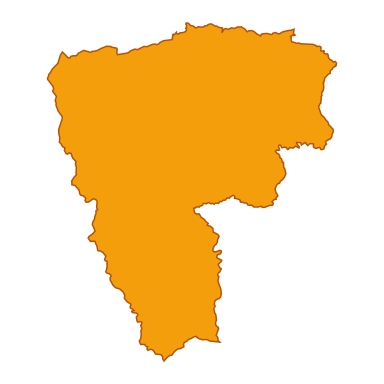 Juara, Mato Grosso, Brazil (orthographic projection)
{"feature_id": "56859067B67844091426468", "entity_name": "Juara", "entity_type": "district", "adm_level": 2, "iso_a3": "BRA", "parent_name": "Brazil", "parent_adm1": "Mato Grosso", "projection": "orthographic", "projection_center": [-57.533, -11.229], "detail": "fine", "context": "isolated", "style": "filled", "palette": "amber", "viewbox_px": 384, "rotation_deg": 0, "n_neighbors": 0, "source": "geoboundaries", "source_scale": "gbopen_adm2", "svg_char_len": 5866}
<svg xmlns="http://www.w3.org/2000/svg" viewBox="0 0 384 384"><path d="M294.0,29.2L290.3,30.5L288.8,30.4L282.6,31.9L279.4,33.8L278.2,33.8L275.4,32.5L272.9,33.2L272.2,34.3L271.4,34.5L266.6,33.4L262.1,33.9L261.1,34.5L260.6,36.0L257.1,34.1L254.4,31.8L251.8,30.6L249.1,30.7L247.2,31.8L245.1,29.3L241.4,26.9L237.4,27.0L234.7,28.4L231.2,27.9L228.2,29.4L225.5,28.5L224.1,29.2L221.9,32.8L222.5,28.0L218.6,27.3L216.7,26.1L215.4,26.2L211.3,23.9L208.4,24.4L206.6,25.8L204.9,25.8L203.5,26.9L201.7,27.2L198.5,26.7L196.2,27.8L195.0,27.6L193.6,26.2L190.6,25.5L188.0,23.0L186.1,23.1L185.8,24.1L186.6,25.3L186.4,27.4L185.7,28.3L186.6,29.2L185.7,31.5L183.4,32.5L179.8,32.9L179.3,33.6L177.9,34.0L176.7,33.7L176.4,32.3L174.4,34.7L173.3,34.2L172.5,35.2L172.9,35.9L172.2,37.9L172.5,38.9L171.8,39.7L163.5,40.7L160.0,42.5L158.8,43.9L156.8,44.7L155.3,44.1L153.0,44.2L146.8,46.7L144.0,46.4L137.6,49.6L134.7,49.1L130.7,50.8L128.0,52.9L117.5,54.7L116.8,52.6L117.2,49.3L116.8,48.2L111.4,47.1L110.9,46.5L106.8,46.2L101.4,48.3L97.4,50.4L93.9,51.4L92.2,51.3L90.8,52.4L83.7,50.4L78.3,53.3L76.9,55.2L75.2,56.0L73.9,55.6L70.8,56.4L69.9,57.8L69.0,58.0L68.3,58.0L62.4,52.0L60.4,55.1L57.9,63.3L52.2,69.2L50.5,72.4L48.7,74.6L48.5,76.3L47.5,78.2L47.7,79.4L53.1,86.6L53.6,88.5L52.7,91.4L56.4,96.3L55.2,100.7L56.2,103.1L56.0,105.2L58.2,111.1L62.3,116.7L62.1,119.1L58.7,129.5L58.8,133.6L59.8,137.6L59.4,142.3L61.0,143.7L62.5,146.6L64.9,147.9L64.4,150.2L66.0,153.6L67.6,154.1L69.4,152.8L71.1,153.6L72.7,158.1L76.0,161.6L75.4,164.0L76.4,167.5L76.0,173.2L76.5,174.7L74.1,177.1L71.8,180.8L71.9,184.8L75.0,185.4L79.0,190.1L80.0,194.4L81.2,195.5L83.0,195.7L85.2,197.5L85.8,198.4L85.0,200.3L86.0,202.1L88.2,202.2L93.3,198.8L95.8,199.5L97.2,201.6L96.6,207.0L96.9,208.5L97.7,209.7L96.0,210.7L96.0,213.6L94.7,216.9L94.6,218.9L92.9,221.9L92.3,224.4L95.1,230.9L93.1,233.4L88.6,236.9L88.2,238.1L90.3,241.3L94.9,241.3L95.3,241.7L95.6,243.5L96.9,245.9L97.7,250.3L98.2,250.8L100.5,251.0L102.8,252.4L105.8,256.0L104.6,259.7L105.4,260.8L107.2,261.4L107.3,262.1L106.9,263.7L107.2,265.5L106.8,268.7L105.8,271.8L106.5,272.9L109.2,273.7L111.1,275.4L111.2,276.0L110.2,277.7L110.1,279.8L112.8,284.9L115.5,287.7L119.8,289.0L123.0,291.8L124.7,295.0L124.4,298.3L127.1,301.7L130.8,304.2L130.8,305.4L130.1,306.7L130.5,308.2L132.7,309.1L134.0,310.5L131.7,311.1L131.8,311.9L132.7,312.6L136.6,313.1L137.7,314.2L137.8,314.9L136.3,317.2L137.2,321.6L137.7,322.1L140.7,321.6L141.8,322.4L141.9,323.2L140.7,325.6L141.8,328.4L140.9,330.8L141.3,334.9L140.5,339.2L139.3,341.0L140.6,344.4L144.6,344.5L146.4,346.6L147.6,346.8L147.0,349.1L147.8,350.3L150.2,349.4L151.8,349.4L154.1,351.4L155.2,353.7L155.8,354.1L160.9,354.6L162.5,356.4L162.7,358.8L164.0,361.0L167.6,357.0L170.2,355.3L171.9,355.1L174.5,351.5L178.0,348.7L180.3,348.7L183.9,346.7L183.6,344.4L184.1,342.6L186.9,341.2L188.3,339.6L191.6,338.3L193.3,337.1L196.0,336.3L197.1,337.5L199.6,338.9L202.2,339.7L207.2,339.6L209.5,341.0L219.8,342.1L218.2,340.5L217.7,337.5L216.2,335.3L218.6,328.6L218.2,327.3L216.5,326.1L215.6,324.5L215.7,321.9L216.4,320.4L216.3,318.2L215.7,314.4L214.7,312.8L213.9,309.6L214.0,308.2L215.2,306.1L214.3,304.2L214.8,301.4L215.7,300.1L219.2,298.4L220.6,297.0L221.3,293.7L220.8,289.2L217.9,281.0L218.9,276.6L217.8,275.7L217.7,274.7L218.2,273.2L219.8,272.0L221.1,269.2L221.1,268.5L220.2,268.3L218.6,265.7L218.3,264.3L221.3,261.5L221.7,260.3L216.8,257.7L216.6,257.0L217.4,254.9L220.4,253.8L221.5,252.0L221.1,250.8L219.9,250.3L216.2,251.8L214.3,251.9L213.1,250.9L212.8,249.6L214.2,245.8L216.0,244.4L217.2,242.5L217.7,239.3L219.1,236.4L217.8,234.4L213.2,232.1L212.9,228.4L210.2,226.2L207.2,225.2L208.2,223.4L206.0,221.7L204.5,219.5L201.1,217.3L199.3,214.1L198.8,213.7L197.4,214.2L196.3,213.9L194.7,212.9L193.7,208.7L194.1,207.9L195.0,208.1L196.9,206.7L199.0,207.2L199.9,206.3L202.5,205.3L203.3,203.6L203.9,203.4L206.2,203.8L208.7,202.6L211.0,203.8L212.3,203.3L214.2,204.2L215.6,203.0L218.6,203.3L219.9,201.5L221.4,201.7L223.2,200.2L225.3,200.1L227.1,197.9L229.3,198.2L229.9,197.3L233.1,195.3L234.2,195.7L234.9,197.4L234.6,198.4L237.8,198.9L239.8,200.0L240.2,200.3L240.2,201.7L240.9,202.2L242.5,202.1L244.3,203.0L246.4,203.0L247.3,203.8L247.5,204.8L249.6,205.4L251.8,205.1L253.9,207.0L258.1,207.0L261.4,206.3L262.2,207.4L264.5,207.4L269.6,205.4L272.5,205.2L272.9,204.9L273.2,202.9L272.0,201.8L273.9,199.7L276.1,199.3L276.1,197.8L277.7,196.2L277.7,195.4L275.8,192.1L275.1,189.0L275.8,186.9L277.4,184.0L279.6,183.1L280.5,181.0L282.4,179.8L284.5,177.2L285.9,173.6L284.8,168.9L283.7,167.4L283.5,162.4L282.5,162.4L281.3,158.5L279.7,157.6L279.9,156.2L278.5,153.9L277.1,153.4L275.3,151.3L276.6,150.0L278.6,150.4L279.6,149.9L278.5,146.3L279.0,145.1L280.5,145.2L281.9,147.7L285.8,147.2L287.7,149.5L288.4,149.3L289.5,147.7L293.2,148.0L295.7,146.2L298.9,148.0L299.3,147.0L296.6,143.4L296.6,142.5L300.6,142.7L301.4,145.0L305.1,142.5L307.6,145.5L310.0,143.6L313.1,143.9L313.6,144.1L313.3,146.5L314.3,147.8L316.0,148.4L319.4,147.4L320.2,148.0L320.6,149.3L321.9,149.7L323.9,148.9L324.6,146.1L326.5,144.1L325.6,142.4L325.8,141.2L330.6,138.6L331.9,136.3L331.9,134.7L333.2,131.9L333.1,129.3L328.7,124.6L327.9,122.1L325.2,119.2L324.5,117.6L321.3,114.9L318.6,106.9L319.8,104.0L321.0,102.9L320.6,101.9L321.2,99.9L321.2,96.6L322.0,95.6L321.6,94.6L321.8,92.5L322.6,91.8L322.4,91.3L323.1,90.5L323.7,88.1L323.6,84.0L323.1,83.3L323.9,82.4L323.7,81.6L324.3,80.7L324.8,78.0L328.5,74.0L330.1,73.4L330.5,70.4L332.2,69.3L333.0,67.7L335.9,65.9L335.5,65.3L336.2,65.1L336.5,63.1L335.2,61.5L333.6,62.2L331.8,60.4L329.8,59.5L328.4,57.5L328.0,54.5L327.5,53.9L325.6,54.0L324.2,53.3L323.7,52.6L324.2,51.3L323.9,50.7L321.3,51.2L320.8,50.8L321.1,47.5L320.4,46.6L319.0,46.2L316.6,46.5L315.9,45.5L313.1,44.4L300.8,43.8L298.9,43.0L296.5,43.3L294.1,42.3L291.7,41.9L291.0,39.2L291.3,37.5L290.4,36.5L291.9,35.5L293.6,35.6L295.0,35.1L294.7,34.6L293.4,34.3L294.0,29.2Z" fill="#f59e0b" stroke="#b45309" stroke-width="1.5"/></svg>